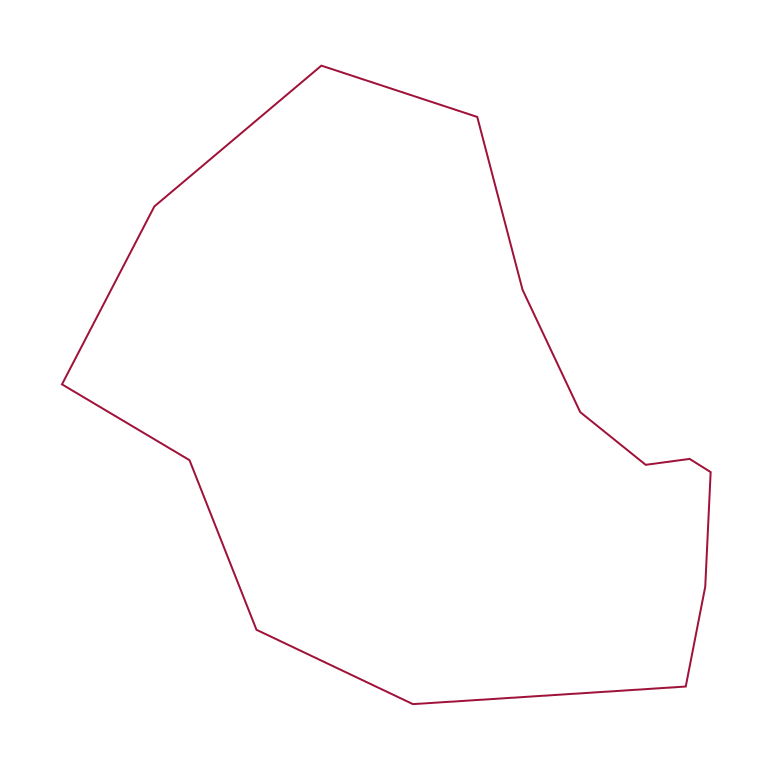 Aimeliik, Robinson projection, rotated 177°
{"feature_id": "PLW-5244", "entity_name": "Aimeliik", "entity_type": "state/province", "adm_level": 1, "iso_a3": "PLW", "parent_name": "Palau", "parent_adm1": "", "projection": "robinson", "projection_center": [134.515, 7.434], "detail": "fine", "context": "isolated", "style": "outline", "palette": "rose", "viewbox_px": 768, "rotation_deg": 177, "n_neighbors": 0, "source": "natural_earth", "source_scale": "10m", "svg_char_len": 340}
<svg xmlns="http://www.w3.org/2000/svg" viewBox="0 0 768 768"><g transform="rotate(177 384 384)"><path d="M276.9,645.8L240.7,470.8L189.5,345.6L126.9,289.6L82.7,293.2L62.4,278.9L73.8,164.8L98.5,66.1L371.9,62.8L524.2,145.2L582.2,318.1L705.6,400.5L604.0,573.4L429.9,705.2L276.9,645.8Z" fill="none" stroke="#9f1239" stroke-width="2"/></g></svg>